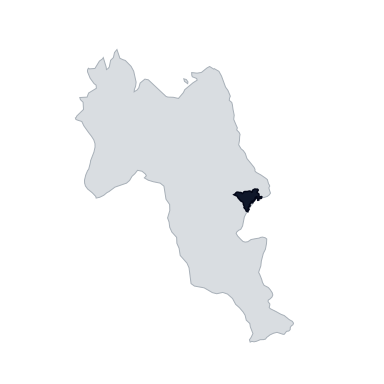 location of Kim Hyong Jik, Ryanggang, North Korea, rotated 108°
{"feature_id": "82179303B57298285068990", "entity_name": "Kim Hyong Jik", "entity_type": "district", "adm_level": 2, "iso_a3": "PRK", "parent_name": "North Korea", "parent_adm1": "Ryanggang", "projection": "equal_earth", "projection_center": [127.249, 41.385], "detail": "fine", "context": "in_parent", "style": "filled", "palette": "ink", "viewbox_px": 384, "rotation_deg": 108, "n_neighbors": 0, "source": "geoboundaries", "source_scale": "gbopen_adm2", "svg_char_len": 6527}
<svg xmlns="http://www.w3.org/2000/svg" viewBox="0 0 384 384"><g transform="rotate(108 192 192)"><path d="M227.4,281.3L226.0,282.1L223.6,286.5L221.4,292.2L219.2,295.2L216.7,296.9L214.0,297.9L208.7,298.3L203.8,297.9L202.3,297.3L195.6,297.7L193.7,298.1L184.2,297.6L179.2,298.1L176.0,299.2L172.8,301.5L170.0,304.9L167.5,308.6L162.5,315.3L159.0,318.6L159.0,323.3L158.9,324.8L157.6,325.8L157.2,325.3L155.2,325.0L147.0,320.7L140.3,323.3L138.6,326.7L136.8,327.9L134.2,321.1L129.8,320.9L122.9,315.0L120.0,316.2L119.2,318.6L115.3,324.0L110.0,328.5L108.3,329.1L106.3,328.8L106.6,327.6L104.5,322.5L96.1,320.5L93.1,318.3L91.6,317.9L99.8,312.2L102.0,311.2L100.4,309.9L98.6,309.3L91.9,310.1L88.4,308.3L83.3,308.8L79.7,307.4L87.1,301.9L87.5,298.6L87.5,296.1L91.3,288.8L95.1,284.8L104.8,279.1L109.0,278.3L112.1,278.5L114.6,278.0L112.0,275.8L109.4,274.8L104.4,275.0L99.2,271.7L98.8,268.2L109.1,246.3L109.2,244.3L107.7,239.0L107.2,233.8L100.1,230.9L96.9,230.5L87.7,224.7L84.1,221.7L82.6,222.6L82.3,227.3L81.0,228.3L78.5,229.2L77.4,223.9L75.4,220.0L69.4,216.1L67.2,214.0L68.4,209.3L67.8,208.9L68.9,203.7L72.7,199.7L81.9,192.5L84.3,189.2L89.0,185.2L91.1,185.3L93.3,184.9L94.0,183.2L94.5,181.9L96.3,180.7L100.8,178.5L105.9,175.6L110.0,174.8L115.0,170.5L117.0,168.7L119.1,168.7L119.6,167.8L120.8,165.6L122.4,164.1L124.6,163.8L128.2,162.8L132.7,162.2L135.8,158.6L136.8,156.0L138.9,153.2L143.2,150.1L146.1,145.6L149.4,140.6L151.0,139.1L152.5,138.7L153.5,136.9L154.5,131.7L156.0,126.6L156.9,124.2L160.7,121.6L161.7,120.3L162.5,119.9L164.3,120.2L166.6,118.7L168.8,117.0L170.8,117.6L172.9,119.0L175.0,121.8L175.9,124.0L177.6,125.9L178.0,128.6L179.6,129.8L183.2,130.4L189.1,132.3L192.9,132.4L195.1,133.8L199.6,134.5L208.7,133.4L212.4,134.1L214.0,135.8L216.3,137.1L217.8,137.2L219.8,134.9L221.9,131.1L223.3,128.2L223.2,125.9L222.0,123.5L219.0,121.2L217.0,117.6L215.1,113.9L214.0,112.8L213.1,111.0L212.9,108.3L213.6,106.4L218.1,105.2L223.8,104.5L228.5,105.2L236.3,104.7L241.1,103.7L244.7,103.8L247.9,103.8L249.4,102.2L253.9,98.5L256.1,97.1L258.5,94.6L258.9,91.9L259.3,89.8L260.7,87.5L263.0,84.6L265.0,83.3L267.3,83.5L269.7,84.8L271.2,86.1L272.9,85.7L274.3,83.5L275.3,83.1L278.0,82.9L278.8,81.5L279.8,74.9L280.8,69.8L281.0,66.1L283.3,60.2L284.0,56.6L285.4,54.9L287.1,55.0L288.5,56.1L290.3,56.7L292.6,56.1L294.3,57.0L295.3,59.0L298.8,60.3L299.2,61.3L299.2,67.8L301.1,70.8L303.7,73.6L307.3,76.1L309.1,76.6L310.3,78.4L311.4,81.5L314.0,84.5L315.3,86.7L315.6,89.0L316.8,90.3L314.8,91.7L312.2,90.9L307.8,90.3L302.3,94.8L299.2,96.4L297.1,100.8L292.8,103.4L290.4,106.2L287.4,111.1L285.4,115.7L280.8,120.5L278.1,126.6L278.0,131.7L281.1,137.0L281.4,141.5L279.4,150.8L280.7,160.7L279.4,164.6L265.0,171.4L261.2,174.8L256.0,183.6L249.5,186.9L245.5,190.5L239.9,192.6L236.3,198.8L232.4,202.3L227.7,204.5L224.2,207.2L216.4,207.4L210.8,209.4L206.9,214.5L195.1,220.5L193.4,225.0L194.2,232.0L194.3,237.3L193.3,241.7L190.7,240.4L189.3,241.9L187.7,245.9L188.2,250.5L192.3,252.0L195.6,253.9L200.3,254.9L203.8,257.0L211.2,266.8L217.3,271.1L218.9,272.7L222.4,274.9L225.6,278.2L227.4,281.3ZM89.1,233.3L86.9,234.8L86.8,232.2L88.5,229.9L90.3,229.6L89.1,233.3Z" fill="#d9dde1" stroke="#a8b0b8" stroke-width="1"/><path d="M180.1,150.1L180.3,150.3L180.6,150.5L181.1,151.0L181.6,151.4L181.9,149.3L181.9,148.4L182.1,147.7L183.4,146.3L184.9,143.8L185.5,142.7L185.7,141.7L185.7,141.2L186.0,140.3L186.5,139.9L187.3,139.6L188.1,139.2L188.8,138.5L189.9,137.5L190.5,137.8L191.2,137.2L191.8,136.1L192.1,135.4L192.3,135.0L193.0,135.0L193.4,134.5L193.5,133.9L193.4,133.5L193.4,133.2L193.5,132.8L193.4,132.8L193.3,133.1L193.2,133.2L192.9,133.2L192.7,133.2L192.4,133.0L192.2,132.8L192.1,132.7L191.9,132.7L191.8,132.9L191.7,133.0L191.4,133.1L191.2,133.0L191.1,132.9L191.2,132.6L191.1,132.4L190.9,132.4L190.9,132.5L190.7,132.6L190.6,132.8L190.6,133.0L190.8,133.4L190.7,133.4L190.6,133.5L190.3,133.6L190.0,133.6L189.9,133.6L189.6,133.5L189.4,133.4L189.2,133.4L189.1,133.5L188.9,133.7L188.7,133.7L188.4,133.5L188.3,133.3L188.3,133.2L188.3,132.9L188.2,132.7L187.7,132.5L187.3,132.6L187.2,132.7L186.9,132.6L186.6,132.6L186.5,132.8L186.6,133.0L186.6,133.3L186.5,133.5L186.2,133.5L186.1,133.4L185.9,133.3L185.6,133.2L185.4,133.1L185.1,132.9L184.7,132.7L184.4,132.6L184.2,132.4L183.9,132.3L183.7,132.4L183.5,132.5L183.4,132.6L182.8,132.7L182.7,132.7L182.4,132.5L182.3,132.3L182.3,132.2L182.9,131.9L183.2,131.9L183.3,131.9L183.5,131.6L183.7,131.4L183.6,131.1L183.5,130.9L183.4,130.9L183.1,130.8L182.9,130.9L182.8,131.0L182.7,131.1L182.4,131.3L182.2,131.5L181.9,131.5L181.9,131.4L181.6,131.2L181.7,130.8L181.8,130.6L181.7,130.4L181.4,130.4L181.1,130.5L180.9,130.6L180.7,130.5L180.7,130.4L180.7,130.2L180.8,130.0L180.8,129.9L180.7,129.8L180.4,129.8L180.2,130.0L179.8,130.2L179.7,130.2L179.4,130.1L179.2,129.8L179.2,129.7L179.1,129.4L178.9,129.4L178.7,129.5L178.4,129.8L178.2,130.0L177.9,130.1L177.9,129.9L178.0,129.7L177.8,129.4L177.7,129.4L177.6,129.5L177.4,129.5L177.2,129.6L176.9,129.6L176.7,129.5L176.5,129.3L176.4,129.2L176.4,128.9L176.5,128.7L176.7,128.8L176.8,128.8L177.0,129.0L177.2,128.9L177.1,128.7L177.0,128.4L177.4,128.0L177.5,128.0L177.9,128.0L178.0,128.0L178.1,127.9L178.1,127.6L178.0,127.3L178.2,127.1L178.3,127.0L178.7,127.1L178.9,127.1L179.0,127.1L179.5,127.0L179.6,126.9L179.6,126.7L179.4,126.5L179.3,126.4L179.3,126.5L179.1,126.4L178.9,126.4L178.8,126.5L178.7,126.5L178.6,126.4L178.3,126.5L178.2,126.5L177.8,126.5L177.6,126.5L177.3,126.3L177.2,126.2L177.2,125.9L177.3,125.9L177.4,125.7L177.3,125.3L177.3,125.2L177.2,125.1L176.7,125.3L176.3,125.2L176.1,125.2L176.0,124.9L176.4,124.8L176.5,124.7L176.7,124.4L176.7,124.2L176.4,124.0L176.1,124.0L175.9,124.2L175.7,124.1L175.4,124.1L175.3,123.9L175.3,123.7L175.2,123.5L175.2,123.4L174.9,124.7L175.1,124.9L175.3,125.4L175.5,126.0L175.4,126.5L175.1,127.0L174.6,127.3L173.8,127.5L173.3,127.8L173.0,128.1L172.9,128.6L172.7,129.3L172.6,129.6L172.5,129.8L172.2,130.0L171.4,130.0L170.4,129.7L170.1,129.6L169.8,129.6L169.5,129.8L169.3,130.0L169.2,130.2L169.1,130.5L169.1,130.8L169.2,131.0L169.5,131.8L169.7,133.1L169.9,133.4L170.1,133.6L170.6,134.0L171.0,134.5L171.5,134.8L172.0,134.9L173.1,134.7L173.6,134.8L173.9,135.1L173.9,135.3L173.2,136.3L173.2,136.9L173.2,137.4L173.3,137.7L173.6,138.2L173.9,138.7L174.5,139.7L175.0,141.3L175.1,141.5L175.3,142.1L175.4,142.3L175.9,142.7L176.4,142.9L177.5,143.3L177.8,143.5L178.0,143.7L177.9,144.0L177.6,144.5L177.4,145.0L177.4,145.5L177.6,146.1L177.7,146.3L177.9,147.4L177.9,148.1L178.2,149.1L178.4,149.4L179.0,149.8L179.2,150.0L179.8,150.0L180.1,150.1Z" fill="#0f172a" stroke="#020617" stroke-width="1.5"/></g></svg>